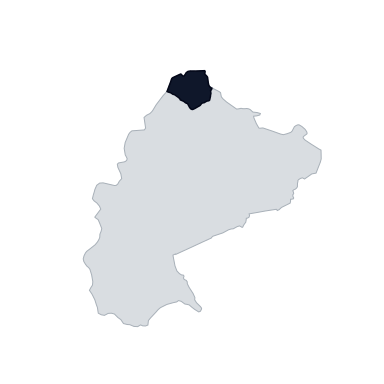 where Oudalan sits in Burkina Faso, rotated 336°
{"feature_id": "BFA-2805", "entity_name": "Oudalan", "entity_type": "Province", "adm_level": 1, "iso_a3": "BFA", "parent_name": "Burkina Faso", "parent_adm1": "", "projection": "natural_earth1", "projection_center": [-0.325, 14.611], "detail": "fine", "context": "in_parent", "style": "filled", "palette": "ink", "viewbox_px": 384, "rotation_deg": 336, "n_neighbors": 0, "source": "natural_earth", "source_scale": "10m", "svg_char_len": 3926}
<svg xmlns="http://www.w3.org/2000/svg" viewBox="0 0 384 384"><g transform="rotate(336 192 192)"><path d="M276.2,242.1L267.5,242.5L264.3,243.6L262.3,243.6L262.3,242.7L262.0,242.1L251.0,239.1L243.2,237.2L235.3,235.2L234.9,237.1L233.7,238.3L232.0,238.4L230.9,238.1L230.1,239.6L228.8,241.5L226.9,242.5L225.2,243.7L224.1,244.7L223.4,244.7L221.6,242.3L219.2,242.0L214.7,242.4L212.7,241.7L210.0,241.4L203.5,241.9L193.1,240.9L191.4,241.5L191.0,241.9L180.7,242.0L169.4,242.2L160.0,242.3L151.7,242.4L151.7,241.9L149.0,241.9L148.7,242.7L146.4,252.6L146.1,258.0L147.3,261.4L148.7,263.5L150.3,264.4L150.5,265.6L149.2,267.1L149.3,268.7L150.8,270.4L151.1,272.1L150.4,273.9L150.6,278.2L151.7,285.1L151.7,289.6L150.6,291.6L151.1,295.1L153.1,300.1L153.5,302.1L152.8,303.1L151.1,304.4L149.4,304.3L147.4,301.4L146.5,300.0L144.9,297.0L143.5,294.0L141.7,292.6L139.9,291.4L137.7,287.5L135.5,285.7L133.3,286.2L130.0,285.5L123.3,284.5L116.2,284.8L113.2,285.7L110.2,287.1L102.8,290.2L99.9,291.7L97.6,295.6L95.1,295.5L92.6,294.3L91.0,292.5L87.6,292.9L84.3,291.2L81.2,287.9L78.9,286.7L75.9,284.3L75.1,279.7L73.2,276.4L71.5,271.9L69.0,269.9L66.0,268.8L61.9,269.1L59.2,267.3L57.1,264.6L57.7,262.3L58.6,259.1L58.8,256.0L59.4,250.9L59.1,244.6L58.3,240.1L60.6,238.3L63.2,236.6L64.9,233.6L66.6,226.9L67.3,221.1L66.8,218.9L65.9,217.2L65.3,214.7L64.9,211.6L65.4,208.9L67.4,206.4L69.8,204.4L71.6,203.4L76.3,202.3L82.1,200.8L85.5,199.1L87.9,197.3L89.3,195.9L90.7,193.1L93.0,190.9L94.7,188.7L95.0,182.5L95.0,179.0L93.7,177.0L93.0,175.4L101.7,170.5L101.7,167.1L100.6,163.3L98.9,160.2L98.3,157.6L100.7,154.5L102.8,152.1L104.3,150.2L107.7,147.1L111.3,146.3L114.5,147.5L123.9,154.6L125.5,155.1L127.5,154.5L130.0,152.6L133.2,151.2L134.4,146.4L134.3,139.4L135.1,136.2L136.8,135.6L142.2,136.9L143.6,137.0L145.2,136.5L146.3,135.3L146.3,133.0L146.1,131.0L147.8,124.5L151.1,119.6L157.6,113.5L159.7,112.3L162.0,111.7L173.7,115.9L175.6,114.8L178.5,104.4L181.7,103.4L185.5,103.2L187.9,102.3L189.2,101.6L194.8,97.7L204.6,92.3L209.9,90.0L210.9,89.1L214.7,85.3L219.7,80.9L222.9,80.0L227.3,79.7L230.1,80.4L230.8,81.7L231.7,82.3L237.5,80.4L245.7,83.4L252.9,86.3L252.4,88.2L252.4,91.4L251.8,96.6L251.1,102.8L254.0,106.8L257.5,111.1L258.5,112.8L257.5,117.0L258.2,119.5L260.1,123.7L263.2,128.9L266.5,134.4L268.8,135.1L270.9,135.5L272.2,136.5L274.1,137.4L276.0,138.0L277.7,139.2L278.7,140.4L280.1,143.7L283.8,145.9L286.4,148.1L285.3,149.2L282.1,148.8L279.1,147.8L278.7,149.4L278.6,155.6L279.1,160.7L279.8,161.3L282.8,162.3L290.0,168.9L296.6,175.2L298.8,176.8L302.4,177.4L306.4,177.7L308.2,177.1L312.1,174.0L314.2,173.6L316.1,173.7L317.1,174.2L319.0,176.8L320.8,180.7L321.3,183.6L321.1,185.1L320.5,185.7L317.3,186.4L315.9,187.0L315.6,187.9L316.1,189.8L316.7,191.0L320.3,196.7L325.3,204.2L326.9,206.2L326.0,208.4L323.5,214.3L321.5,216.8L313.0,225.2L308.8,224.2L300.1,225.9L298.7,224.0L296.7,223.7L294.2,224.1L293.2,224.8L293.0,225.6L292.0,226.8L290.4,230.1L289.2,230.9L287.6,231.4L285.7,231.4L284.6,231.8L284.6,233.5L284.2,234.9L282.9,235.6L282.4,237.2L282.5,238.8L281.8,239.5L280.1,239.1L279.1,238.7L278.2,240.7L277.1,242.1L276.2,242.1Z" fill="#d9dde1" stroke="#a8b0b8" stroke-width="1"/><path d="M229.6,79.6L229.9,79.8L230.7,82.2L231.0,82.7L232.0,82.7L233.2,82.1L235.3,80.6L237.4,80.2L239.8,80.8L244.3,82.9L252.9,86.3L253.0,87.2L252.7,87.8L252.2,88.2L251.8,88.8L251.7,90.0L252.7,92.3L252.9,93.5L250.7,100.8L250.9,102.8L251.9,104.8L252.4,105.2L252.4,105.3L251.6,106.3L250.9,106.7L250.3,106.7L249.3,109.8L248.5,110.8L247.8,112.1L245.5,115.2L244.5,115.5L243.0,115.1L241.3,115.1L239.7,115.4L238.4,115.1L237.1,114.9L234.7,116.2L228.4,116.9L226.2,116.9L225.6,116.6L224.7,115.6L224.2,113.9L223.9,109.6L223.5,109.1L222.9,108.6L222.2,107.6L221.3,105.8L218.8,103.1L218.8,102.1L218.5,101.0L217.6,99.3L215.5,95.8L214.4,95.1L212.8,92.6L210.8,90.9L210.1,90.0L217.1,82.9L218.9,80.9L219.3,80.5L219.9,80.0L221.1,79.7L228.5,79.6L229.6,79.6Z" fill="#0f172a" stroke="#020617" stroke-width="1.5"/></g></svg>